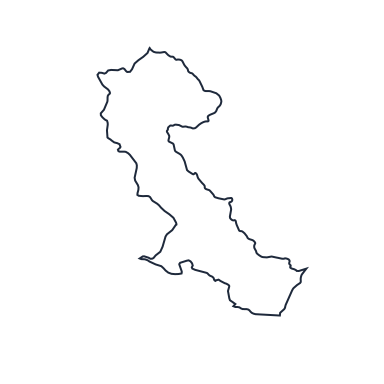 the border of Mae Hong Son, rotated 320°
{"feature_id": "THA-374", "entity_name": "Mae Hong Son", "entity_type": "Province", "adm_level": 1, "iso_a3": "THA", "parent_name": "Thailand", "parent_adm1": "", "projection": "albers", "projection_center": [98.108, 18.681], "detail": "fine", "context": "isolated", "style": "outline", "palette": "slate", "viewbox_px": 384, "rotation_deg": 320, "n_neighbors": 0, "source": "natural_earth", "source_scale": "10m", "svg_char_len": 6075}
<svg xmlns="http://www.w3.org/2000/svg" viewBox="0 0 384 384"><g transform="rotate(320 192 192)"><path d="M197.6,40.9L199.5,42.7L201.0,45.0L202.7,45.5L205.9,45.0L208.5,46.5L213.5,51.1L217.8,52.4L218.7,52.9L219.3,54.3L219.2,57.0L219.5,58.4L221.8,60.1L225.0,59.4L230.6,56.7L235.7,56.6L241.6,57.1L247.3,56.9L251.7,54.6L252.1,54.5L251.9,56.1L252.4,58.9L252.8,60.1L253.8,61.6L254.9,62.8L255.4,63.1L256.6,64.3L257.6,65.1L260.7,66.9L261.3,67.6L261.5,68.1L261.7,71.3L261.9,72.4L262.5,74.2L262.7,74.6L263.0,74.9L264.0,75.8L264.3,76.1L264.5,76.5L264.6,77.0L264.6,79.7L264.7,80.2L265.0,80.6L265.3,80.9L266.2,81.3L266.8,81.8L267.7,82.8L268.2,83.5L268.6,84.4L268.7,84.9L268.7,85.6L268.5,86.6L268.0,88.7L267.7,90.3L267.7,92.8L267.8,93.9L267.7,94.9L267.5,95.5L267.1,96.3L266.8,96.9L266.7,97.7L267.0,99.1L267.4,99.8L267.7,100.3L268.0,100.6L268.2,100.9L268.4,101.5L268.5,102.3L268.5,103.6L268.7,105.0L269.0,105.9L269.1,107.0L269.0,109.5L269.2,110.8L269.0,112.1L267.5,118.0L266.5,120.8L266.3,121.2L266.4,121.8L266.7,122.6L267.3,123.4L270.0,125.7L270.9,126.7L274.1,132.0L274.2,132.5L274.8,135.6L274.3,138.0L273.5,140.2L272.9,141.2L272.5,141.7L270.7,143.0L269.9,143.4L269.5,143.5L268.4,143.8L266.2,143.9L265.7,144.0L264.5,144.5L262.9,145.4L262.4,145.6L260.9,145.9L260.4,145.9L259.4,145.7L255.7,144.5L254.1,144.2L253.5,144.2L253.1,144.2L252.6,144.4L252.3,144.7L252.0,145.0L250.7,147.8L250.2,148.2L249.8,148.2L249.4,148.0L248.1,146.9L246.8,146.2L245.0,145.6L243.0,145.2L240.7,145.0L236.8,145.2L235.7,145.1L235.3,145.0L234.4,144.5L234.1,144.3L233.4,143.7L233.2,143.3L232.6,142.1L232.1,141.4L230.6,139.8L230.2,139.0L229.7,138.3L229.1,137.6L227.3,136.4L226.6,135.8L226.4,135.4L225.1,132.4L223.1,130.2L222.4,129.6L222.0,129.4L221.6,129.3L220.5,129.1L220.0,128.9L219.7,128.7L219.4,128.4L218.8,127.7L218.5,127.4L218.1,127.2L217.6,127.1L215.9,127.2L215.4,127.2L214.5,127.7L213.7,128.6L213.3,128.8L212.3,129.0L211.9,129.2L211.5,129.8L211.1,132.5L210.7,134.1L210.5,134.6L210.1,135.0L209.5,135.6L207.9,136.7L207.2,137.3L206.9,137.6L206.8,138.1L206.8,138.7L208.5,142.5L208.5,143.1L208.5,143.7L205.7,149.0L205.5,149.6L205.5,150.3L205.7,151.2L206.9,154.5L207.3,155.9L207.4,156.6L207.4,157.5L207.1,159.8L206.0,163.9L202.3,172.0L202.4,172.9L202.6,174.2L203.9,178.3L204.3,179.2L204.6,179.4L205.1,179.5L206.0,179.4L206.5,179.4L206.8,179.6L207.0,180.1L207.1,180.8L206.9,182.0L206.4,183.2L206.2,183.6L205.7,184.9L205.5,186.0L205.5,187.2L205.5,188.8L205.5,189.4L205.5,191.4L205.7,193.6L205.7,194.6L205.6,195.4L205.4,195.8L204.8,196.5L204.6,196.9L204.4,197.3L204.4,197.9L204.6,198.7L205.2,199.8L206.2,201.3L206.5,202.0L206.6,203.1L206.7,207.7L206.5,208.7L206.2,209.6L206.2,210.2L206.4,211.0L208.3,213.9L211.8,218.3L212.1,218.6L213.0,219.0L214.0,219.3L214.9,219.6L215.3,219.8L216.7,220.8L217.5,221.3L218.2,221.8L218.4,222.2L218.4,222.8L218.0,223.7L217.5,224.2L217.1,224.5L216.6,224.6L216.1,224.7L215.6,224.6L215.1,224.5L214.4,224.1L213.9,224.1L213.6,224.3L213.3,224.6L213.0,224.9L212.7,225.9L212.4,227.4L212.1,228.3L211.2,229.9L210.7,230.6L205.3,235.1L204.8,235.8L204.6,236.2L204.4,236.6L204.4,237.7L204.5,238.4L204.7,239.2L205.0,239.8L205.6,240.5L206.6,241.0L206.8,241.4L206.9,242.0L206.6,242.8L205.8,244.2L205.1,245.9L203.4,251.6L203.4,252.2L203.7,252.8L204.9,254.0L205.2,254.7L205.4,255.6L205.7,257.4L205.6,260.4L205.6,261.0L205.1,262.9L205.2,263.8L205.6,264.9L207.2,267.4L207.6,268.2L207.8,269.0L207.9,270.4L207.8,271.2L207.6,271.8L207.2,272.1L206.0,272.6L205.2,273.1L204.9,273.4L204.3,274.1L203.9,274.8L203.7,275.3L203.1,278.4L202.9,278.8L202.5,279.6L202.3,280.1L202.3,280.7L202.3,281.4L202.8,283.7L203.6,286.2L204.1,287.0L204.7,287.7L207.3,290.2L211.2,292.4L211.6,292.7L214.8,296.8L215.4,297.5L218.1,301.0L219.0,301.8L219.7,302.3L220.2,302.4L220.7,302.7L221.2,303.2L221.8,304.0L222.3,304.9L222.7,305.7L222.7,306.9L222.5,307.5L222.2,307.9L221.8,308.1L220.8,308.9L220.5,309.2L220.3,309.7L220.3,310.5L220.4,311.6L220.1,312.0L219.7,312.3L219.2,312.4L218.9,312.7L218.7,313.1L218.9,313.9L219.3,314.9L220.6,316.8L221.4,318.6L221.5,319.8L223.1,321.2L230.3,324.2L223.5,325.7L222.8,325.9L221.9,326.4L220.6,327.3L219.4,328.4L218.1,330.1L217.5,330.8L217.0,331.0L216.3,331.2L212.7,330.8L208.0,330.9L206.8,331.2L205.1,331.9L191.2,338.7L189.2,340.1L189.0,340.4L187.4,341.0L181.9,341.2L179.9,343.1L162.1,326.4L160.9,324.7L160.1,322.9L159.9,321.2L159.9,319.6L159.6,318.3L158.6,316.9L155.5,314.2L154.7,312.7L154.2,310.9L152.9,309.3L151.3,308.0L150.3,306.1L153.2,305.7L151.5,299.3L152.3,297.3L155.9,291.0L159.4,288.6L159.9,288.2L160.3,287.5L160.0,285.9L159.4,284.4L159.0,283.7L158.5,283.0L156.6,278.4L156.2,276.8L156.0,276.2L154.2,275.4L153.7,275.0L153.1,275.2L152.7,275.1L152.5,273.9L152.6,273.3L153.2,272.0L153.3,271.2L153.0,269.7L151.8,267.3L151.6,265.7L151.6,264.5L151.4,263.7L150.9,262.9L144.4,253.7L143.0,250.9L143.4,249.6L145.3,248.8L146.2,246.7L146.3,244.2L145.5,242.2L143.9,241.3L137.4,238.6L136.0,239.0L135.7,239.3L133.3,245.7L132.8,246.7L131.6,247.7L129.0,246.2L126.3,244.1L123.7,241.5L122.0,238.5L121.3,235.2L121.2,232.1L120.8,229.1L117.6,224.1L114.7,217.9L114.2,215.9L112.7,213.3L110.0,210.8L109.2,209.3L112.9,209.7L114.0,210.5L116.6,214.6L116.9,215.7L117.5,216.7L118.9,217.6L120.2,217.8L123.4,217.2L129.3,217.4L134.3,215.0L143.1,209.1L145.6,208.3L152.3,208.5L158.4,206.8L159.0,207.0L159.4,206.7L160.1,205.2L161.2,199.8L160.3,194.4L158.8,189.0L158.2,184.0L158.2,181.0L157.8,178.6L156.2,173.7L156.1,172.5L156.6,169.0L156.1,167.3L154.7,165.9L151.7,163.6L148.8,160.7L148.3,159.1L149.6,157.8L152.3,155.9L154.1,154.0L155.0,151.9L155.8,146.7L157.2,144.2L165.1,138.1L166.9,136.1L167.8,134.2L168.3,123.6L168.0,121.2L167.1,118.7L166.0,117.5L162.6,114.7L161.9,113.5L162.4,112.0L163.6,111.8L165.0,111.9L166.2,111.5L167.2,108.8L166.1,106.5L164.3,104.0L163.5,100.8L163.3,99.4L162.4,96.8L162.3,95.9L166.5,90.1L170.7,86.3L171.8,84.9L172.7,82.9L172.6,82.2L172.1,81.5L171.7,79.8L171.4,77.2L171.5,74.7L172.7,73.1L177.4,72.4L185.2,68.4L186.2,67.5L188.1,65.3L189.2,64.3L190.6,63.8L191.8,63.9L192.8,63.5L193.5,61.8L193.6,59.4L192.5,54.6L192.4,52.1L194.1,43.3L194.9,41.5L197.6,40.9Z" fill="none" stroke="#1e293b" stroke-width="2"/></g></svg>